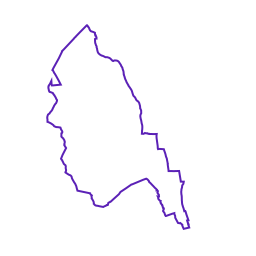 the district of Tacuta, Vaslui, Romania, rotated 19°
{"feature_id": "2599482B23186583310189", "entity_name": "Tacuta", "entity_type": "district", "adm_level": 2, "iso_a3": "ROU", "parent_name": "Romania", "parent_adm1": "Vaslui", "projection": "equal_earth", "projection_center": [27.668, 46.938], "detail": "fine", "context": "isolated", "style": "outline", "palette": "violet", "viewbox_px": 256, "rotation_deg": 19, "n_neighbors": 0, "source": "geoboundaries", "source_scale": "gbopen_adm2", "svg_char_len": 5731}
<svg xmlns="http://www.w3.org/2000/svg" viewBox="0 0 256 256"><g transform="rotate(19 128 128)"><path d="M40.6,76.8L40.8,77.0L39.9,84.6L38.0,95.4L37.7,97.7L38.1,97.7L38.8,98.5L39.9,99.5L40.1,99.8L41.0,100.4L43.0,102.1L47.3,106.0L50.3,108.9L43.3,112.1L42.1,112.5L41.4,111.3L40.2,108.4L40.0,110.0L40.0,110.7L39.8,111.8L39.8,112.1L39.6,112.5L39.3,113.6L39.4,113.9L39.2,114.4L39.3,114.7L39.5,115.5L39.6,115.8L39.7,116.1L39.8,116.2L41.2,118.6L42.1,119.4L43.2,119.3L45.5,119.4L46.2,119.9L46.2,120.1L47.2,120.8L47.6,120.9L47.9,121.3L48.4,121.6L48.8,122.0L49.8,122.8L50.2,123.3L50.6,123.8L51.6,124.5L52.0,125.3L52.0,126.2L52.0,126.9L51.9,128.0L51.4,129.0L50.9,131.0L50.8,132.3L50.5,134.0L50.5,135.2L50.2,136.4L49.2,138.9L49.1,139.8L48.2,141.0L48.0,141.4L48.0,143.2L48.3,144.7L49.2,146.4L49.6,147.8L50.0,148.2L50.0,148.4L51.2,148.4L53.4,148.7L55.0,149.1L56.6,149.6L57.2,150.1L57.8,150.4L58.1,150.4L59.8,150.5L61.6,150.0L63.6,149.6L64.0,149.6L64.8,150.7L65.6,151.5L66.5,152.2L67.0,152.7L67.3,153.6L67.2,154.2L67.0,154.4L67.0,154.6L66.9,154.7L67.0,154.8L66.9,155.1L67.0,155.4L67.3,156.3L67.8,157.8L68.2,158.1L70.3,159.0L70.6,159.3L70.7,159.5L71.7,160.2L72.0,160.6L72.3,161.2L72.5,161.3L72.8,161.8L73.0,163.2L73.0,163.9L73.1,164.1L73.3,164.2L73.3,164.9L75.2,166.5L75.3,166.5L76.0,167.1L75.3,171.9L74.9,174.8L74.7,178.9L75.6,179.6L76.3,179.9L76.8,180.6L77.7,181.4L78.5,182.3L79.0,182.8L79.4,183.0L81.0,183.6L81.2,183.8L81.7,184.6L82.0,185.8L82.3,186.5L83.2,188.0L83.4,189.4L83.2,190.0L83.3,190.4L87.1,191.4L89.0,191.5L90.1,192.0L90.6,192.5L91.3,193.7L92.3,194.7L94.8,196.9L96.2,197.9L97.6,199.4L98.0,199.8L99.2,201.7L100.6,203.7L113.4,202.1L113.5,202.4L114.6,203.2L115.3,203.3L115.8,203.6L115.7,204.3L115.8,204.7L116.3,205.4L116.6,206.5L117.3,206.9L119.4,208.8L119.7,209.3L120.0,209.9L120.2,210.3L120.3,210.8L120.7,210.9L121.3,211.4L122.5,211.8L124.1,211.6L124.8,211.4L126.3,211.3L130.3,210.7L131.2,209.7L132.3,208.8L132.9,207.8L133.2,207.8L133.4,207.6L133.8,207.5L134.0,207.3L133.8,205.7L133.8,205.1L134.5,204.4L135.0,204.0L135.1,203.6L135.6,203.3L135.7,203.1L136.2,202.2L136.6,201.5L136.9,200.9L141.0,193.5L141.7,190.9L145.7,185.7L149.5,180.5L149.6,180.3L150.2,180.0L159.2,172.0L161.7,170.0L162.5,170.1L163.2,170.3L165.0,171.3L165.3,171.6L165.3,171.9L166.0,172.4L166.8,172.6L168.7,173.6L169.5,174.0L169.8,174.2L170.5,174.5L172.9,175.8L174.6,176.5L175.0,176.8L175.2,177.1L175.3,177.6L175.8,177.3L176.1,177.7L176.2,177.8L176.4,177.7L176.7,177.8L176.9,178.2L176.8,178.7L176.9,179.0L176.8,179.3L177.1,179.6L177.1,179.8L177.4,180.0L177.6,180.3L178.1,180.5L178.3,180.8L178.9,181.1L179.0,181.6L179.2,181.8L179.6,182.5L179.6,182.8L179.1,183.0L178.5,183.1L179.0,183.6L179.2,184.1L179.7,185.1L180.9,185.9L181.1,185.9L181.9,186.4L182.2,186.4L182.3,186.4L182.2,186.6L182.8,187.1L182.9,187.6L183.1,187.7L183.2,188.1L183.6,188.3L183.7,188.6L183.9,188.7L184.0,188.9L184.7,189.2L185.2,189.6L185.3,189.8L185.5,189.7L185.6,189.8L185.8,190.0L185.9,190.4L186.2,190.7L186.6,191.5L186.8,191.6L187.1,191.7L187.7,192.1L187.5,192.3L187.5,192.5L187.9,192.6L188.0,192.8L188.0,193.1L188.3,193.4L188.2,194.2L188.1,194.4L188.2,195.1L189.3,195.9L190.0,196.3L191.4,198.2L191.8,198.5L192.3,198.9L192.6,198.8L197.7,194.7L199.5,193.4L199.7,194.0L200.0,194.5L200.9,195.4L201.2,195.8L201.9,197.5L206.2,201.5L207.5,201.3L208.0,201.2L208.4,200.8L209.1,201.1L209.7,201.3L210.4,201.6L210.6,201.9L210.9,201.9L211.1,202.5L211.8,203.4L213.5,205.2L218.3,202.2L216.4,199.7L216.7,199.5L216.0,198.6L215.8,198.7L214.0,196.2L215.2,195.6L211.5,190.9L209.5,188.1L209.1,187.8L208.7,188.0L208.3,188.3L206.7,185.9L205.3,184.2L204.9,183.5L204.3,182.8L203.5,181.3L202.8,179.6L202.5,179.0L201.2,175.5L200.6,174.2L200.0,173.2L199.1,171.0L199.0,170.6L198.8,169.6L198.5,168.6L198.4,166.5L198.0,164.9L198.0,164.4L198.4,163.3L198.5,162.9L198.4,161.8L198.2,160.6L195.4,161.5L195.1,160.9L190.3,152.0L185.8,153.7L180.4,155.5L179.7,154.0L178.5,151.7L177.6,149.9L177.4,149.5L177.4,149.0L177.2,148.9L176.6,147.7L175.7,146.2L174.6,144.2L173.2,142.6L172.1,140.8L171.1,139.4L169.8,137.8L168.8,136.4L167.6,136.7L164.6,137.5L163.3,138.2L162.9,137.7L162.5,136.8L161.9,135.3L158.3,128.2L157.5,126.2L157.1,124.3L154.8,125.2L149.8,126.8L149.6,126.6L148.6,126.9L147.7,126.7L146.9,127.2L145.6,127.2L145.2,127.7L144.8,128.3L144.5,128.5L143.0,128.9L142.5,127.0L142.1,125.9L142.1,125.5L141.8,124.3L141.3,122.6L140.8,121.3L140.2,120.2L139.5,119.3L138.1,116.7L136.8,114.8L135.9,113.1L135.5,111.7L135.6,110.3L135.7,109.8L134.7,107.1L133.7,106.0L133.0,105.3L132.9,104.8L132.1,103.1L130.5,100.8L130.2,100.5L129.0,99.6L127.8,99.3L127.0,98.9L126.5,98.6L125.5,97.5L124.4,96.6L123.1,96.0L122.7,95.8L122.3,95.4L121.3,94.1L120.7,93.3L120.1,92.4L119.3,91.4L118.1,90.3L117.6,90.0L117.1,89.6L116.9,89.4L114.6,87.8L114.4,87.5L114.3,87.3L114.1,87.2L111.7,85.1L110.8,84.0L109.4,82.6L108.9,81.8L108.6,81.6L108.1,80.7L106.9,79.3L106.8,78.9L106.5,78.7L106.3,78.3L106.3,78.1L106.2,77.9L105.6,76.6L105.4,76.2L105.1,75.7L104.8,75.3L104.7,75.2L103.6,73.8L103.1,72.9L102.4,72.3L101.5,71.7L101.3,71.3L100.5,70.5L99.0,69.4L97.9,68.5L97.0,68.1L96.1,67.9L95.0,68.0L93.5,68.4L92.8,68.8L92.5,69.3L92.2,69.5L91.5,69.5L88.7,68.1L87.5,67.8L85.5,67.8L84.8,68.0L84.0,68.3L83.6,68.4L81.7,68.1L80.5,68.0L79.4,68.1L77.5,67.7L75.8,67.0L74.9,66.2L74.6,65.9L73.4,64.1L72.9,63.0L72.1,62.1L71.7,61.0L71.5,60.8L70.7,60.1L70.1,59.2L69.4,58.4L68.9,57.4L67.8,54.6L67.9,54.4L68.2,54.3L68.6,53.8L69.1,53.7L68.8,52.8L68.6,52.4L68.0,51.9L67.4,51.0L67.0,51.2L66.7,50.8L66.7,50.7L66.3,50.1L65.7,48.7L63.6,48.5L61.6,48.6L61.1,48.4L60.2,47.9L59.1,46.8L58.8,46.3L58.1,45.7L57.7,45.5L57.3,45.1L57.0,45.1L56.8,44.8L55.8,44.2L55.6,44.3L52.1,51.6L51.5,52.8L48.9,58.4L48.7,59.1L48.5,59.3L47.9,60.5L47.8,61.0L41.7,74.6L40.6,76.8Z" fill="none" stroke="#5b21b6" stroke-width="2"/></g></svg>